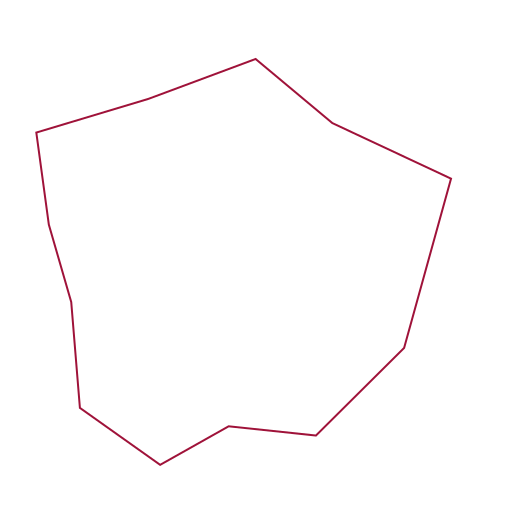 SVG path tracing the border of Békéscsaba, rotated 83°
{"feature_id": "HUN-4919", "entity_name": "Békéscsaba", "entity_type": "Urban county", "adm_level": 1, "iso_a3": "HUN", "parent_name": "Hungary", "parent_adm1": "", "projection": "equal_earth", "projection_center": [21.092, 46.759], "detail": "fine", "context": "isolated", "style": "outline", "palette": "rose", "viewbox_px": 512, "rotation_deg": 83, "n_neighbors": 0, "source": "natural_earth", "source_scale": "10m", "svg_char_len": 317}
<svg xmlns="http://www.w3.org/2000/svg" viewBox="0 0 512 512"><g transform="rotate(83 256 256)"><path d="M203.0,53.0L365.3,120.2L441.5,218.4L421.7,303.9L451.6,376.6L385.3,449.3L279.2,445.0L199.6,457.8L106.7,459.0L86.9,343.5L60.4,232.4L133.4,164.0L203.0,53.0Z" fill="none" stroke="#9f1239" stroke-width="2"/></g></svg>